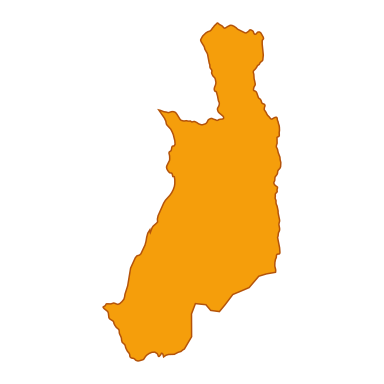 SVG path tracing the border of Menabe
{"feature_id": "MDG-5878", "entity_name": "Menabe", "entity_type": "Autonomous Province", "adm_level": 1, "iso_a3": "MDG", "parent_name": "Madagascar", "parent_adm1": "", "projection": "natural_earth1", "projection_center": [45.071, -20.047], "detail": "fine", "context": "isolated", "style": "filled", "palette": "amber", "viewbox_px": 384, "rotation_deg": 0, "n_neighbors": 0, "source": "natural_earth", "source_scale": "10m", "svg_char_len": 5999}
<svg xmlns="http://www.w3.org/2000/svg" viewBox="0 0 384 384"><path d="M103.2,306.9L105.2,305.7L106.2,304.0L106.6,303.8L110.8,303.9L113.7,303.0L115.1,303.4L116.5,304.0L117.9,304.4L119.8,303.6L122.0,301.6L123.9,299.2L124.6,296.9L125.0,294.2L127.7,285.7L130.6,268.1L135.4,257.6L137.0,255.8L139.5,255.1L140.9,253.8L145.0,245.1L146.0,241.4L146.7,237.1L147.8,233.1L149.7,230.1L149.7,230.9L150.3,232.6L152.1,227.7L153.2,226.1L156.6,223.1L157.6,221.9L157.4,219.0L158.1,215.7L163.7,203.1L165.4,200.3L169.9,195.3L171.7,192.7L173.2,189.8L174.4,186.4L174.8,183.7L174.8,179.8L174.3,176.7L172.8,176.5L172.2,174.0L171.8,173.3L171.2,173.0L170.1,172.9L169.6,172.7L168.6,171.7L167.6,170.3L166.8,168.7L166.5,167.1L166.8,165.9L168.3,162.8L168.8,161.8L169.5,160.5L169.7,159.0L169.6,155.9L169.4,155.0L169.2,154.1L169.0,153.3L169.1,152.2L169.5,151.8L170.8,150.9L171.2,150.3L171.6,148.6L171.8,147.2L172.4,146.2L174.1,145.9L175.1,144.3L174.8,140.7L173.3,134.7L172.1,131.8L170.7,129.1L167.0,125.1L166.4,124.1L165.8,121.1L164.4,118.1L158.8,110.0L160.5,110.4L163.8,111.7L166.4,112.1L168.0,112.6L168.7,112.6L171.1,111.8L172.0,111.6L172.9,111.6L173.6,111.7L174.3,111.9L175.4,112.4L175.9,112.9L176.9,114.2L180.1,119.4L180.7,120.0L181.4,120.4L183.2,120.9L184.2,121.0L186.4,120.7L188.1,121.1L189.0,121.2L190.3,121.0L191.7,121.9L192.3,121.9L193.8,121.5L194.6,121.5L196.9,122.6L198.3,123.6L199.1,124.0L200.8,124.6L201.7,124.8L202.6,124.7L205.2,123.9L206.1,123.4L207.0,122.3L207.7,120.9L208.3,119.8L209.4,119.1L210.3,118.7L211.2,118.4L212.0,118.5L213.6,119.2L215.6,119.8L216.2,120.2L216.9,120.4L217.8,120.3L219.0,119.5L220.7,119.2L222.3,119.1L223.1,118.8L223.6,118.2L223.6,117.2L223.2,116.4L222.6,115.8L219.4,113.1L218.8,112.5L218.3,111.9L217.8,110.8L217.6,110.0L217.4,109.1L217.7,108.0L218.5,106.6L219.0,105.5L219.3,104.1L219.3,103.0L219.0,102.0L218.6,101.2L218.3,100.2L217.5,95.9L217.0,94.3L216.8,93.3L216.5,92.4L216.2,91.7L215.0,91.2L214.7,90.9L214.4,90.2L214.2,89.3L214.3,88.2L214.7,86.9L215.5,84.9L215.8,83.5L215.9,82.3L215.3,79.2L215.1,78.5L214.8,78.0L214.4,77.5L212.8,75.8L211.7,73.4L211.6,72.5L211.9,71.4L211.8,70.5L211.5,69.7L210.4,68.3L210.0,67.5L209.9,66.6L209.8,64.8L209.2,63.1L207.6,54.5L207.3,53.6L206.9,52.8L205.2,49.8L204.8,49.0L204.4,47.3L204.1,46.5L201.4,42.1L201.0,41.3L200.7,40.5L200.7,39.6L201.1,38.9L202.4,36.5L202.9,35.8L205.9,32.9L207.9,31.7L209.8,31.1L210.8,30.4L211.5,29.6L212.5,28.1L213.6,26.9L214.5,25.6L215.9,24.4L216.5,23.7L217.0,23.2L217.7,23.0L219.5,24.5L221.9,25.8L222.7,26.5L223.3,27.3L223.9,27.9L224.7,28.2L225.7,27.8L227.2,26.8L230.1,25.3L231.2,25.3L232.3,25.5L234.2,26.4L235.2,27.1L236.1,27.7L237.3,28.9L238.0,29.4L244.9,32.8L245.9,33.0L247.0,32.4L248.6,31.3L249.1,30.7L249.5,30.1L250.1,29.9L250.9,29.9L252.4,30.7L253.1,31.3L253.5,32.1L253.7,32.9L254.1,33.6L254.6,34.2L255.3,34.3L256.0,34.0L257.6,32.2L259.1,31.9L260.4,32.5L261.0,33.2L263.2,37.1L263.5,38.1L263.5,38.8L262.4,40.1L262.3,40.6L262.2,41.1L262.2,44.1L263.3,55.1L262.8,59.8L262.6,60.4L262.3,60.8L260.7,62.1L260.1,62.7L259.3,64.3L259.0,64.6L257.9,65.3L257.3,65.9L256.5,67.5L255.2,69.2L253.8,70.5L253.4,71.2L253.3,71.8L253.3,72.4L253.8,74.3L254.1,78.8L254.7,81.2L255.2,83.8L255.2,84.5L255.1,85.1L254.1,86.9L253.8,87.7L253.5,89.2L253.5,90.0L253.7,90.5L255.4,91.2L255.7,91.4L256.3,92.0L256.9,93.2L258.3,97.3L258.5,97.7L259.0,98.3L260.4,99.3L261.1,100.6L261.6,102.2L261.9,102.9L262.3,103.4L264.0,104.1L264.5,104.4L264.9,105.1L265.0,105.7L264.9,106.2L264.5,107.2L264.4,107.9L264.2,109.1L264.3,109.7L264.5,110.2L265.3,111.2L266.2,112.7L267.0,114.4L267.7,115.4L269.2,116.9L270.0,117.9L270.5,118.6L271.2,119.0L271.7,119.1L272.1,119.0L274.3,117.7L275.6,117.3L276.0,117.2L276.5,117.3L277.0,117.8L277.2,118.5L277.3,119.4L277.4,120.1L278.1,121.8L278.4,123.3L279.2,125.8L279.4,127.5L279.5,130.3L279.2,132.5L279.3,135.2L279.2,135.9L278.9,136.3L278.6,136.6L277.5,137.0L277.2,137.2L277.0,137.4L277.0,137.8L277.1,142.8L277.1,143.4L276.5,145.1L276.3,146.4L276.4,147.1L276.6,147.6L276.9,148.0L277.5,149.4L278.2,152.6L279.9,157.1L280.0,158.1L280.1,159.5L280.3,160.4L280.8,162.4L280.8,163.1L280.6,166.6L280.3,167.5L279.9,168.3L278.2,170.2L277.8,171.0L277.7,171.5L277.5,173.1L277.4,173.6L277.0,174.5L275.1,177.0L274.9,177.8L274.8,180.1L274.5,181.1L273.9,182.3L273.8,182.8L273.9,183.5L274.4,184.4L274.8,185.0L275.8,185.9L276.9,186.6L277.2,186.9L277.5,187.2L277.5,187.7L277.4,188.4L277.1,189.4L277.0,190.0L277.2,191.3L277.1,191.8L276.9,192.2L275.7,193.4L275.5,193.7L275.3,194.2L275.3,194.8L275.3,196.5L275.1,198.1L275.3,198.8L275.7,199.7L276.0,200.5L276.0,202.7L276.1,203.5L276.4,204.5L277.1,206.1L278.1,210.9L278.1,212.6L278.2,213.3L279.5,219.6L279.6,220.5L279.6,221.2L279.2,222.6L279.0,223.6L278.9,224.2L278.9,224.7L279.6,228.3L279.6,230.0L279.3,231.0L278.5,232.7L278.4,233.1L278.2,234.8L278.1,235.9L277.6,237.3L277.7,238.1L279.6,247.8L279.9,252.1L279.9,252.7L279.8,253.2L279.6,253.6L279.3,253.9L278.8,254.0L277.3,254.2L277.0,254.4L276.7,254.8L276.5,255.2L276.4,255.8L276.3,257.5L276.1,258.0L275.5,259.3L275.4,259.8L274.9,262.4L274.8,265.1L274.8,266.0L275.0,267.1L275.6,269.3L275.7,270.4L275.7,271.2L275.5,272.3L266.4,273.9L258.8,276.2L249.1,287.6L232.8,294.5L225.1,304.7L219.4,311.6L210.7,310.4L205.9,304.7L195.4,303.6L191.5,313.9L191.6,336.7L184.4,349.0L182.7,350.0L180.9,351.5L178.2,352.3L174.3,354.3L168.4,354.5L165.9,355.3L163.6,356.9L163.0,354.4L162.5,353.7L161.8,353.2L161.4,353.3L160.7,354.7L159.2,356.4L158.5,356.4L157.3,353.7L154.8,352.1L151.9,352.3L149.1,353.5L146.8,355.1L145.5,356.5L143.6,359.4L142.4,359.9L139.6,360.7L138.0,361.0L136.3,360.5L135.6,360.1L134.7,359.1L134.2,358.7L133.2,358.3L132.2,358.2L131.2,357.9L130.3,357.2L129.9,356.4L129.6,354.3L129.2,353.4L127.4,351.2L126.1,348.7L125.5,347.1L125.3,345.9L124.7,344.6L122.2,342.3L121.6,340.3L121.4,338.2L120.9,336.7L119.5,333.7L119.3,332.8L119.2,330.9L119.0,330.0L118.5,329.2L116.3,327.4L114.8,325.2L114.0,323.6L113.7,322.1L113.0,321.0L109.7,318.9L108.9,317.7L108.3,313.0L107.9,311.9L107.0,310.9L104.3,308.8L103.2,307.5L103.2,306.9Z" fill="#f59e0b" stroke="#b45309" stroke-width="1.5"/></svg>